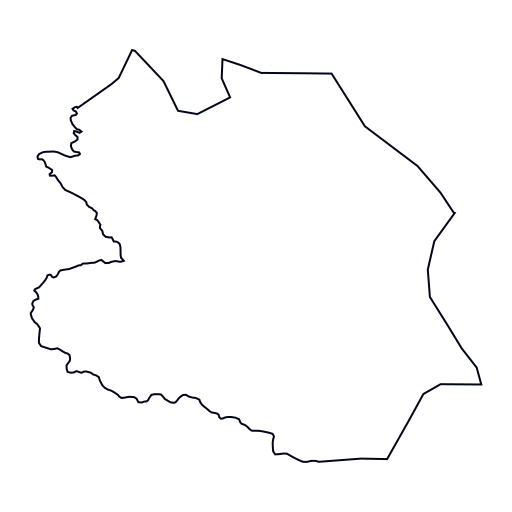 the district of Baghramyan, Armavir, Armenia
{"feature_id": "60910142B80677227285928", "entity_name": "Baghramyan", "entity_type": "district", "adm_level": 2, "iso_a3": "ARM", "parent_name": "Armenia", "parent_adm1": "Armavir", "projection": "robinson", "projection_center": [43.725, 40.166], "detail": "fine", "context": "isolated", "style": "outline", "palette": "ink", "viewbox_px": 512, "rotation_deg": 0, "n_neighbors": 0, "source": "geoboundaries", "source_scale": "gbopen_adm2", "svg_char_len": 3611}
<svg xmlns="http://www.w3.org/2000/svg" viewBox="0 0 512 512"><path d="M76.9,106.8L74.8,107.3L72.5,108.8L73.5,110.4L75.4,111.3L75.9,111.5L76.9,113.5L75.8,115.0L74.5,115.2L72.0,115.8L70.5,118.0L70.9,120.6L72.3,123.7L72.3,123.9L75.0,127.3L77.0,129.3L79.3,129.8L81.5,131.6L79.6,132.8L77.2,131.9L74.2,131.0L73.7,133.2L75.1,134.9L76.9,136.5L77.5,137.0L77.5,139.6L76.7,140.2L74.8,141.5L71.3,143.2L70.9,146.1L72.0,149.1L72.6,149.9L73.8,151.5L76.3,152.0L79.3,152.5L79.9,154.1L78.2,155.4L75.2,155.7L70.8,157.1L70.3,157.2L65.1,155.6L57.6,152.2L53.6,151.5L45.7,151.8L43.0,152.2L39.0,154.1L37.5,156.4L37.9,158.9L39.3,159.3L42.3,159.3L43.7,160.5L44.0,161.0L44.7,162.0L45.5,164.2L46.2,166.6L48.5,167.6L52.1,170.0L52.0,172.2L49.6,174.1L49.9,175.7L52.8,175.7L54.6,175.3L56.2,177.1L58.0,180.2L60.6,183.3L62.5,187.0L65.3,190.0L70.9,192.5L79.0,196.7L83.8,199.5L86.2,201.9L86.8,204.5L89.0,206.8L92.0,208.3L93.8,210.3L95.2,211.0L96.8,212.8L96.7,214.6L96.3,216.1L95.2,219.1L97.4,220.3L99.2,222.9L100.4,224.7L100.0,226.0L100.0,228.2L102.3,230.9L103.1,234.4L105.7,236.8L109.5,237.5L111.6,237.3L112.9,239.6L113.7,241.5L116.4,241.6L118.4,242.7L119.8,244.3L120.5,247.6L120.6,254.8L121.0,257.7L122.4,259.2L123.8,260.8L122.3,261.4L119.9,261.8L118.8,261.6L116.1,261.1L114.2,261.2L110.6,262.1L109.1,262.9L105.3,263.1L101.5,260.0L99.4,260.4L97.0,261.6L94.5,262.7L90.9,262.9L87.6,263.4L82.8,263.6L80.7,265.3L78.9,265.3L75.6,266.7L72.0,268.0L68.9,269.1L66.5,269.4L63.6,269.8L60.4,270.5L59.1,271.7L57.5,274.8L56.2,276.5L53.6,277.5L52.1,276.9L51.0,275.1L49.8,274.6L47.5,275.3L46.5,278.1L45.0,280.5L42.5,283.5L39.0,287.4L35.1,289.1L34.3,290.6L36.1,292.2L37.5,294.4L37.7,294.9L38.2,296.3L38.4,298.7L35.8,299.6L33.5,300.9L32.5,303.0L32.3,303.3L32.4,304.8L33.8,307.4L33.0,309.8L30.7,313.1L31.0,315.1L32.0,318.3L34.8,322.3L37.2,324.1L40.0,328.3L39.5,333.1L39.2,336.2L39.0,337.8L38.9,342.8L41.1,346.1L42.3,346.5L46.9,348.0L50.8,349.3L54.0,349.0L57.3,348.3L59.3,349.3L62.5,351.3L65.3,352.9L67.5,353.5L69.5,355.1L70.1,358.4L69.8,360.8L68.2,363.0L66.5,365.4L66.7,368.9L67.6,371.9L70.7,372.7L73.7,372.5L76.2,371.2L78.4,371.7L81.2,372.8L84.1,371.6L85.9,371.4L88.5,372.1L90.8,372.7L93.2,374.5L96.0,375.3L98.8,377.1L99.8,380.4L102.3,385.2L104.5,387.6L107.7,389.5L111.6,390.8L115.0,392.9L118.0,394.9L119.0,396.4L121.6,398.0L124.8,397.6L129.1,396.8L134.0,397.1L136.6,398.7L138.4,402.2L141.8,402.5L144.2,401.6L146.7,401.3L148.1,400.2L149.2,398.0L151.5,394.8L154.7,394.2L158.4,394.2L161.0,394.5L162.8,396.4L164.8,398.9L168.0,400.9L170.6,402.3L173.8,402.8L175.5,402.3L176.9,400.8L178.8,398.2L181.0,396.3L183.1,395.0L185.9,394.8L188.5,396.4L192.4,397.6L195.6,397.9L197.6,398.8L199.4,399.7L200.2,402.1L202.0,404.7L204.6,407.0L207.2,409.0L209.6,411.2L211.8,412.5L215.1,413.0L217.3,413.7L218.7,414.8L219.3,417.2L220.7,418.6L222.5,418.6L225.3,417.4L228.0,417.0L231.2,417.0L235.5,417.7L239.1,419.3L240.1,422.0L241.5,423.7L245.1,425.1L247.5,426.9L249.7,429.3L251.9,430.7L258.6,430.8L262.3,431.3L268.5,432.6L272.6,433.8L274.0,436.5L273.3,438.6L272.7,442.4L272.8,447.0L273.1,451.1L275.1,454.4L279.4,454.1L283.8,453.5L286.9,453.7L289.7,455.3L295.3,458.4L299.2,460.2L302.8,461.8L306.9,461.9L311.1,460.9L312.3,460.9L315.8,460.9L318.8,461.8L361.1,458.6L387.1,459.1L409.1,420.1L423.4,394.0L440.6,384.2L481.3,384.5L476.7,367.6L461.7,348.4L448.5,326.7L429.9,297.0L427.8,269.6L434.3,241.2L454.7,213.0L453.8,212.8L440.5,192.7L417.5,166.0L364.9,126.3L331.6,73.6L306.9,73.3L261.2,72.9L241.5,65.4L222.5,59.1L221.7,78.3L230.1,97.4L197.3,114.1L178.0,110.8L163.5,81.1L135.0,50.9L132.1,50.1L118.7,78.0L112.0,83.7L77.6,108.0L76.9,106.8Z" fill="none" stroke="#020617" stroke-width="2"/></svg>